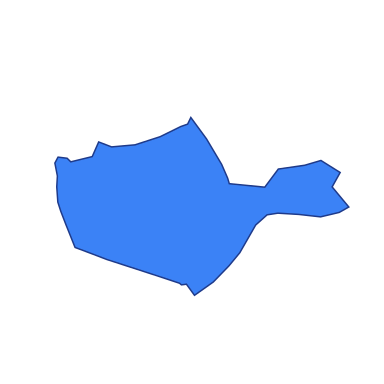 Mangalmé, Guéra, Chad, rotated 229°
{"feature_id": "50815135B54463089232866", "entity_name": "Mangalmé", "entity_type": "district", "adm_level": 2, "iso_a3": "TCD", "parent_name": "Chad", "parent_adm1": "Guéra", "projection": "albers", "projection_center": [19.561, 12.316], "detail": "fine", "context": "isolated", "style": "filled", "palette": "blue", "viewbox_px": 384, "rotation_deg": 229, "n_neighbors": 0, "source": "geoboundaries", "source_scale": "gbopen_adm2", "svg_char_len": 807}
<svg xmlns="http://www.w3.org/2000/svg" viewBox="0 0 384 384"><g transform="rotate(229 192 192)"><path d="M112.4,126.1L110.1,149.0L112.0,171.3L114.8,188.2L119.6,202.0L125.3,218.4L125.5,233.7L119.7,242.9L105.0,257.9L88.9,272.7L80.0,289.7L77.8,300.5L103.9,301.1L109.5,316.6L131.2,310.0L138.2,294.7L152.7,272.2L147.9,250.1L173.8,225.6L179.1,228.0L193.4,232.5L222.6,237.8L249.0,240.0L246.1,233.2L248.8,226.4L254.7,204.1L265.0,179.9L278.8,160.9L291.0,154.4L284.2,140.0L284.2,139.9L294.3,120.3L299.4,119.9L306.2,113.8L306.2,113.7L303.8,107.5L292.4,100.9L284.6,93.3L272.4,84.1L263.5,80.3L249.4,75.2L245.9,74.0L227.0,67.4L226.8,67.4L210.9,76.0L197.0,83.4L156.1,108.0L131.2,122.8L130.2,122.9L128.9,123.1L127.5,125.1L126.1,127.3L112.4,126.1L112.4,126.1Z" fill="#3b82f6" stroke="#1e3a8a" stroke-width="1.5"/></g></svg>